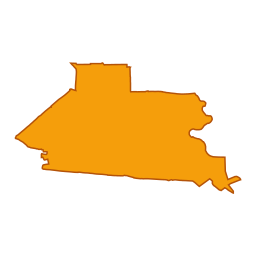 Plesoiu, Olt, Romania
{"feature_id": "2599482B90563083488739", "entity_name": "Plesoiu", "entity_type": "district", "adm_level": 2, "iso_a3": "ROU", "parent_name": "Romania", "parent_adm1": "Olt", "projection": "equal_earth", "projection_center": [24.24, 44.477], "detail": "fine", "context": "isolated", "style": "filled", "palette": "amber", "viewbox_px": 256, "rotation_deg": 0, "n_neighbors": 0, "source": "geoboundaries", "source_scale": "gbopen_adm2", "svg_char_len": 5639}
<svg xmlns="http://www.w3.org/2000/svg" viewBox="0 0 256 256"><path d="M240.6,179.8L240.6,179.5L240.5,179.2L240.3,178.9L240.1,178.7L239.8,178.4L239.7,178.1L238.5,177.3L237.7,176.9L237.1,176.6L236.9,176.5L236.5,176.4L236.1,176.5L235.7,176.6L235.1,176.5L234.7,176.7L227.9,179.5L225.3,171.2L224.9,157.2L218.7,157.1L214.9,156.9L213.2,156.8L211.1,156.2L209.5,155.5L208.4,154.6L207.1,153.3L205.5,150.5L205.6,148.1L205.6,146.5L205.0,144.2L204.2,142.9L203.5,141.8L202.7,141.6L201.5,140.2L199.6,139.1L198.5,138.8L197.4,138.7L194.2,137.7L193.3,137.0L192.7,136.8L192.4,136.9L192.2,137.2L191.9,137.3L191.5,137.2L190.8,136.6L189.8,135.4L189.3,134.6L189.2,133.6L189.2,132.2L189.5,131.6L189.8,130.9L191.3,129.6L192.2,129.2L193.2,129.0L193.9,129.1L194.5,129.4L196.2,129.7L199.2,129.7L201.1,129.3L201.9,128.6L202.7,127.7L203.2,127.0L203.5,126.6L204.0,125.8L204.5,125.2L205.4,124.8L206.8,123.7L207.8,123.3L208.5,123.3L209.3,123.0L210.4,122.2L211.3,121.1L211.9,120.1L212.2,119.2L212.0,118.0L211.3,116.4L210.2,115.8L208.9,115.9L208.6,115.9L207.6,115.5L206.9,115.6L206.6,115.6L206.3,115.5L206.1,115.4L205.8,115.1L205.6,114.7L203.5,112.2L202.5,110.7L202.3,110.3L202.2,108.7L202.4,107.7L202.8,106.8L203.2,106.3L203.6,106.2L204.2,106.2L204.8,106.2L205.1,106.0L205.2,105.6L205.4,105.0L205.6,104.1L205.7,103.6L205.8,103.1L205.5,102.6L205.2,102.3L204.3,101.5L203.5,101.2L202.9,101.2L202.4,101.1L201.9,101.1L201.7,101.2L200.8,101.0L200.3,100.7L199.7,100.2L199.3,99.5L199.1,98.8L199.0,98.4L197.9,96.6L197.3,95.8L196.8,95.6L196.0,95.1L195.5,94.4L195.0,93.6L194.8,93.3L194.1,93.3L193.4,93.4L188.3,93.9L185.5,94.0L182.8,94.1L181.7,94.1L176.9,93.8L175.9,93.6L171.0,93.1L168.2,92.7L166.6,92.6L166.0,92.6L165.9,92.4L162.3,91.8L162.3,91.7L160.7,91.5L159.6,91.5L158.7,91.4L157.8,91.4L155.5,91.5L155.2,91.5L154.5,91.5L153.0,91.4L152.6,91.4L152.0,91.4L148.3,91.5L148.3,91.1L147.7,91.0L146.7,91.2L146.3,91.3L145.9,91.4L145.4,91.7L144.9,91.7L141.3,91.7L137.3,91.8L136.5,91.8L136.4,91.7L133.0,91.7L130.7,91.8L130.5,91.0L130.5,89.1L130.5,88.3L130.5,86.4L130.5,84.1L130.5,83.0L130.4,81.6L130.4,81.0L130.4,80.6L130.4,79.4L130.4,77.0L130.3,76.7L130.2,76.6L130.2,75.6L130.1,74.2L130.1,73.9L130.1,73.3L130.1,72.4L130.0,69.6L130.0,68.6L130.1,67.4L130.3,67.2L129.8,67.1L129.5,66.9L126.9,67.0L126.9,66.8L126.9,66.0L127.0,64.9L126.9,64.5L122.2,64.5L112.7,64.6L112.2,64.6L109.7,64.7L108.3,64.7L105.9,64.7L105.0,64.7L104.8,64.9L104.3,64.9L104.0,64.7L103.2,63.7L102.7,63.0L102.2,63.0L101.1,63.6L90.5,63.6L90.5,64.4L76.9,64.5L76.7,64.3L76.2,64.0L76.1,63.9L76.0,63.6L76.0,63.4L70.8,63.2L72.0,64.6L73.3,65.8L74.0,66.7L75.5,68.3L76.0,68.9L76.2,69.6L76.3,70.5L76.4,71.5L76.4,72.4L76.4,72.8L76.3,74.7L76.2,76.1L76.1,77.5L76.0,79.7L75.8,81.6L75.5,85.8L75.5,86.0L75.5,87.9L75.5,88.4L75.4,89.1L75.5,89.7L75.6,90.0L75.8,90.5L74.7,90.3L73.9,90.0L72.7,89.6L71.6,89.1L71.2,89.1L71.4,89.3L70.0,89.7L69.8,89.7L69.8,89.8L69.7,90.1L69.7,90.3L69.8,90.6L68.2,92.1L67.5,92.7L67.1,93.1L64.4,95.4L61.7,97.4L60.0,98.6L58.7,99.5L51.2,106.0L50.8,106.6L51.3,106.7L51.3,107.1L50.3,107.1L50.1,107.3L48.8,108.3L47.9,109.0L47.0,109.8L45.6,110.9L43.7,112.6L42.2,113.9L41.6,114.5L41.4,114.8L40.0,115.8L38.6,116.6L37.5,117.8L35.9,119.4L33.7,121.3L32.6,122.4L30.7,124.0L29.7,125.0L29.0,125.6L27.1,127.1L23.7,130.1L21.5,131.9L18.7,134.3L18.3,134.6L18.1,134.8L17.7,135.1L17.4,135.3L17.2,135.3L16.2,136.0L16.1,136.5L15.9,136.9L15.7,137.4L15.4,137.9L15.4,138.1L15.5,138.2L15.8,138.6L16.3,138.6L16.8,138.9L17.4,139.0L18.0,139.3L18.4,139.3L20.4,140.7L22.9,142.1L26.3,145.0L27.0,145.7L27.5,146.5L28.5,147.0L28.9,147.0L29.3,147.2L29.8,147.3L30.6,147.7L35.5,148.5L36.8,148.9L37.2,148.8L38.9,149.4L41.5,149.2L41.6,149.7L43.1,149.9L43.4,151.8L45.9,151.7L47.1,151.9L47.1,153.3L46.5,154.4L43.9,154.2L41.7,153.7L41.4,154.3L41.4,157.5L42.7,157.2L43.3,158.2L43.9,159.4L44.1,159.7L44.3,159.7L44.7,160.0L45.8,159.7L47.7,159.2L47.8,159.7L47.9,160.2L48.2,161.3L48.5,162.9L48.7,164.0L45.2,164.5L44.0,164.8L43.4,164.9L43.3,165.0L43.0,165.2L42.8,165.5L42.3,167.4L42.3,168.1L42.4,168.6L42.9,168.9L43.5,169.2L44.4,169.2L45.1,169.3L46.2,169.5L49.8,169.7L51.3,169.9L54.0,170.2L60.1,171.0L64.6,171.4L69.9,171.8L75.0,172.3L78.1,172.4L78.2,172.2L78.4,172.2L79.5,172.2L81.8,172.5L82.3,172.6L84.3,172.8L85.6,172.9L86.5,172.9L89.1,173.1L90.2,173.3L92.0,173.4L94.8,173.8L96.5,174.0L102.1,174.3L105.9,174.7L107.5,174.9L107.6,175.1L108.9,175.2L111.3,175.3L111.7,175.4L114.5,175.6L116.2,175.6L117.0,175.7L122.5,175.8L122.8,175.8L123.2,175.7L123.7,175.6L124.4,175.3L124.8,175.4L125.8,175.6L126.3,175.6L126.9,175.6L127.2,175.7L128.4,176.1L128.6,176.2L132.7,177.3L133.9,177.6L134.0,177.7L134.0,177.9L136.0,178.2L136.4,178.3L136.7,178.3L139.4,178.6L140.9,178.7L141.8,178.6L143.2,178.8L145.0,178.7L147.9,178.7L160.6,179.5L162.6,179.6L165.3,179.7L166.2,179.8L166.5,179.9L166.9,179.9L168.0,180.4L168.3,180.5L169.1,180.5L170.6,179.9L171.1,179.8L171.5,179.7L171.8,179.8L172.3,180.1L172.5,180.2L172.8,180.1L173.6,180.0L174.2,179.9L175.0,179.8L176.2,179.9L176.8,180.0L178.0,180.1L178.7,180.2L179.5,180.3L181.8,180.4L182.5,180.5L183.1,180.5L185.9,180.6L192.7,181.0L194.8,182.5L195.3,182.9L197.3,184.7L199.3,186.4L209.7,178.8L210.3,179.3L210.6,179.5L211.5,180.3L211.8,180.5L212.4,181.2L212.4,181.4L212.4,182.2L212.3,182.9L212.3,183.3L212.4,183.5L212.8,184.3L212.9,184.5L213.4,185.1L213.7,185.5L213.8,185.6L214.9,186.3L216.9,187.9L217.8,188.7L219.0,189.7L219.5,190.0L220.1,190.1L220.9,190.3L221.1,190.5L224.2,188.3L224.7,187.8L225.8,188.3L226.5,188.7L227.3,189.3L227.6,189.6L228.5,190.3L230.9,191.7L232.6,192.8L233.3,193.0L233.3,191.2L229.1,185.7L228.5,184.9L230.5,183.6L239.9,179.9L240.1,179.8L240.5,179.8L240.6,179.8Z" fill="#f59e0b" stroke="#b45309" stroke-width="1.5"/></svg>